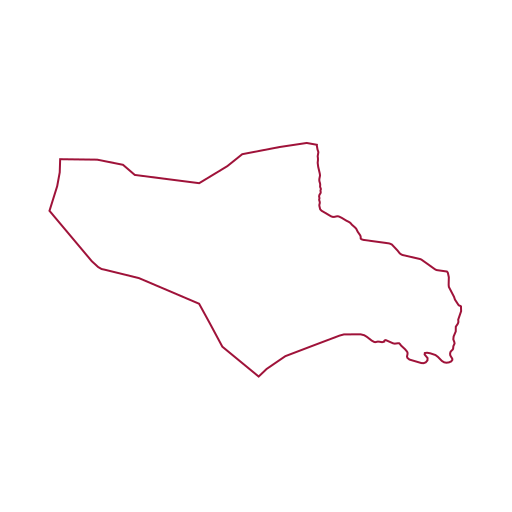 map outline of Southern Darfur (Robinson projection), rotated 278°
{"feature_id": "SDN-5856", "entity_name": "Southern Darfur", "entity_type": "State", "adm_level": 1, "iso_a3": "SDN", "parent_name": "Sudan", "parent_adm1": "", "projection": "robinson", "projection_center": [24.503, 10.891], "detail": "fine", "context": "isolated", "style": "outline", "palette": "rose", "viewbox_px": 512, "rotation_deg": 278, "n_neighbors": 0, "source": "natural_earth", "source_scale": "10m", "svg_char_len": 2548}
<svg xmlns="http://www.w3.org/2000/svg" viewBox="0 0 512 512"><g transform="rotate(278 256 256)"><path d="M189.1,394.9L188.5,393.7L188.2,392.8L188.3,389.8L188.2,388.5L187.3,386.2L187.3,385.1L188.3,382.4L191.4,377.0L192.6,374.2L193.0,370.5L190.6,354.0L188.8,349.8L174.9,324.4L160.9,299.0L145.7,282.3L137.0,275.4L161.5,235.3L183.1,219.5L200.8,206.3L217.8,143.2L221.4,107.9L221.6,104.9L223.1,101.2L228.0,94.1L272.0,45.2L297.5,49.4L311.5,50.0L324.6,48.6L329.3,85.3L327.8,111.6L319.4,124.7L320.2,189.6L341.0,215.1L354.9,228.2L367.2,264.2L375.0,290.5L374.6,300.8L373.7,300.9L370.0,302.1L368.2,303.0L367.5,303.3L366.8,303.3L363.4,303.2L363.0,303.3L361.6,303.7L359.7,304.0L357.0,304.1L356.5,304.2L352.9,305.2L346.7,307.6L345.4,308.0L344.5,308.2L341.1,308.0L340.1,308.1L339.1,308.3L337.9,308.8L337.1,309.2L336.2,309.5L335.2,309.7L334.7,309.7L333.7,309.8L333.3,309.9L331.7,310.8L331.3,310.9L330.8,310.9L329.9,310.7L329.4,310.8L328.6,311.1L328.1,311.2L327.6,311.2L327.1,311.1L326.7,310.9L325.8,310.5L325.3,310.3L324.3,310.2L323.8,310.2L323.2,310.4L322.4,310.7L321.9,310.8L320.9,310.7L320.4,310.7L318.4,311.6L317.4,311.8L315.3,311.6L314.4,311.8L313.1,312.3L311.8,312.8L311.3,313.0L310.7,313.6L309.9,314.7L305.7,324.9L305.5,326.0L305.4,326.8L305.6,327.8L305.7,328.3L306.4,330.1L306.7,331.1L306.7,331.6L306.7,332.2L306.6,332.8L305.7,335.6L303.5,340.7L303.0,342.3L302.3,344.1L301.6,345.2L300.4,346.5L298.1,350.0L297.0,351.4L294.1,353.4L291.2,356.1L290.5,356.6L289.8,356.9L288.9,357.1L288.1,357.2L287.8,357.3L287.5,357.7L287.2,358.3L286.9,360.2L287.0,385.6L286.9,386.7L286.3,388.9L281.1,395.4L278.7,397.9L278.0,399.1L277.4,400.8L275.8,419.0L275.7,419.5L275.4,420.4L267.8,435.0L267.3,436.4L267.2,437.0L267.2,447.2L266.7,447.8L265.9,448.4L261.8,449.9L254.2,450.8L252.2,451.3L243.1,457.8L240.5,459.1L235.7,463.3L235.2,464.1L235.0,465.4L234.6,466.0L229.9,466.8L221.1,465.1L218.8,465.6L217.1,465.3L213.8,463.7L209.1,464.3L203.8,462.9L200.9,463.0L198.3,464.4L196.9,464.8L194.2,464.0L191.5,464.1L190.4,463.6L189.2,462.6L187.9,461.9L186.4,461.8L184.9,462.1L183.7,462.9L181.7,464.6L180.5,464.9L178.8,464.0L177.5,461.9L176.8,459.4L176.9,457.1L178.0,454.6L181.4,450.2L182.9,447.5L183.9,442.1L184.0,438.8L183.4,436.7L181.9,436.7L178.8,440.1L176.5,440.3L174.3,438.9L173.2,436.9L173.0,434.6L174.8,422.4L175.2,421.7L176.2,420.1L177.5,419.5L180.2,419.7L181.6,419.4L182.5,418.7L184.4,416.6L187.6,412.0L188.7,411.0L189.5,409.9L189.3,408.5L188.5,405.6L188.6,403.9L190.7,396.5L190.7,395.8L190.2,395.1L189.7,394.8L189.1,394.9Z" fill="none" stroke="#9f1239" stroke-width="2"/></g></svg>